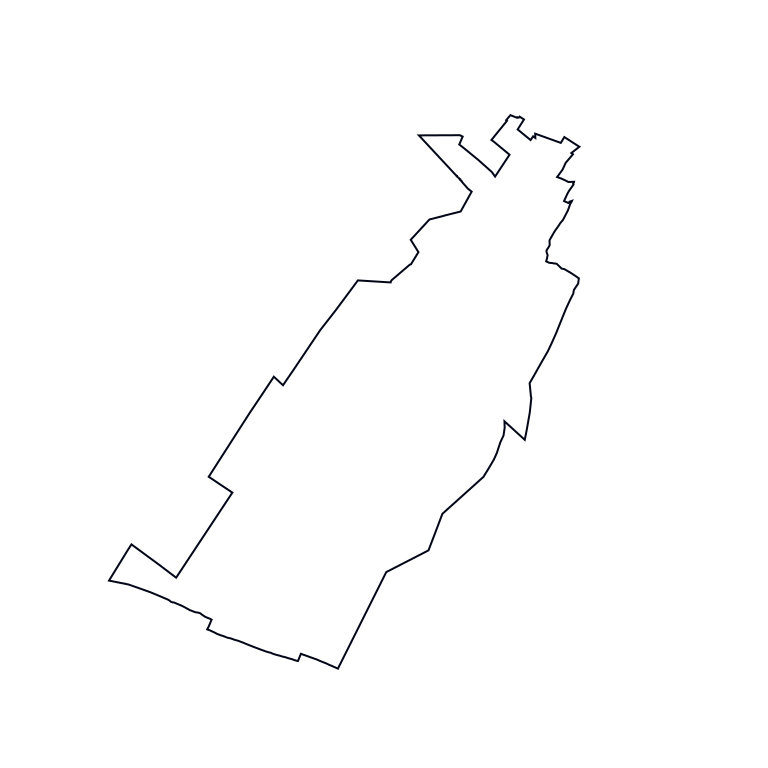 Ixil, Yucatán, Mexico (Robinson projection), rotated 208°
{"feature_id": "50627088B50740950401551", "entity_name": "Ixil", "entity_type": "district", "adm_level": 2, "iso_a3": "MEX", "parent_name": "Mexico", "parent_adm1": "Yucatán", "projection": "robinson", "projection_center": [-89.477, 21.229], "detail": "fine", "context": "isolated", "style": "outline", "palette": "ink", "viewbox_px": 768, "rotation_deg": 208, "n_neighbors": 0, "source": "geoboundaries", "source_scale": "gbopen_adm2", "svg_char_len": 3046}
<svg xmlns="http://www.w3.org/2000/svg" viewBox="0 0 768 768"><g transform="rotate(208 384 384)"><path d="M455.7,463.2L457.2,453.1L461.3,426.2L465.6,401.7L469.4,364.9L470.6,353.3L472.6,335.5L484.7,338.7L486.4,320.8L489.0,295.6L495.2,219.8L466.9,216.9L474.3,139.6L476.6,115.4L498.9,119.0L499.0,119.0L531.7,123.8L531.8,122.5L532.3,116.6L534.5,81.3L515.6,87.0L492.3,90.5L473.6,92.2L471.7,92.1L470.1,91.7L468.3,91.9L466.9,92.5L457.7,93.3L455.8,93.3L449.3,93.2L443.6,93.9L440.4,95.0L438.4,95.3L436.7,94.9L432.7,94.5L431.1,94.6L427.7,95.0L425.6,95.0L425.5,93.6L425.2,91.1L425.1,89.5L424.9,87.1L424.9,84.3L421.8,84.8L420.3,84.8L417.6,85.0L414.4,85.0L412.5,85.2L411.1,85.4L409.7,85.6L406.1,86.2L403.6,86.4L399.6,87.5L396.4,87.9L393.6,88.5L391.7,88.9L389.8,89.1L386.9,89.5L384.5,89.7L379.7,90.2L375.5,90.7L370.8,91.3L366.9,91.8L364.9,92.1L362.2,92.5L358.9,93.2L357.6,93.6L356.3,93.6L354.5,93.8L352.6,94.2L350.7,94.6L348.4,95.2L346.4,95.5L344.6,96.0L342.2,96.6L340.5,96.8L336.7,97.7L331.7,98.5L329.9,99.0L330.7,106.8L328.2,107.1L325.7,107.5L321.4,108.1L317.9,108.6L314.1,109.2L311.0,109.4L306.3,109.9L303.7,110.2L300.3,110.3L298.0,110.6L295.5,110.7L294.0,110.9L291.0,111.0L291.2,114.6L291.2,116.8L293.7,219.0L266.6,258.0L269.5,281.2L271.5,296.8L268.6,304.8L264.1,317.1L256.0,339.3L254.1,344.6L252.5,348.9L252.5,350.2L252.1,356.3L251.8,362.0L251.6,367.3L251.5,368.9L252.0,376.1L253.9,387.1L254.3,394.7L256.9,402.0L260.1,407.6L233.5,400.8L236.5,410.7L241.9,427.3L247.3,440.7L248.5,442.1L255.8,453.1L255.5,462.1L255.2,475.1L254.7,489.8L255.1,498.5L255.9,510.1L256.9,519.0L258.7,536.4L259.2,546.2L259.3,552.6L260.5,556.2L259.7,563.8L261.6,568.8L271.2,569.8L278.6,570.1L281.4,569.3L287.9,571.2L289.4,570.8L290.5,570.2L291.9,569.9L295.0,568.6L298.4,568.4L298.6,569.4L298.8,570.2L299.0,571.3L299.7,573.5L300.0,574.6L301.6,576.0L302.7,577.2L303.1,577.9L303.2,579.3L302.9,581.8L302.9,583.4L302.9,584.2L303.2,585.0L303.9,586.1L305.0,588.1L305.3,588.7L305.3,590.3L305.0,598.9L304.8,600.7L304.1,605.9L303.9,608.8L303.0,612.8L303.1,623.5L304.2,631.1L303.9,631.9L304.0,634.0L305.7,632.2L306.2,630.4L310.9,630.0L311.4,638.2L311.3,641.4L310.3,649.1L311.0,649.6L311.0,651.0L311.0,651.5L311.1,651.8L315.9,649.0L316.1,648.9L319.3,648.9L324.1,648.6L328.3,648.0L327.0,657.0L327.4,664.7L325.0,675.6L327.0,675.9L322.9,685.2L323.2,685.2L340.7,686.7L341.1,679.9L359.1,677.3L368.0,676.0L365.9,672.3L368.6,672.7L369.1,668.2L372.0,668.8L385.5,671.5L384.6,683.3L389.8,683.7L390.0,682.5L391.1,682.1L391.6,682.1L391.6,681.5L398.6,680.7L400.0,674.3L399.0,674.1L403.7,649.9L400.8,649.5L380.8,645.4L383.3,619.3L388.3,621.8L406.8,626.3L408.4,626.6L424.9,629.9L427.7,630.4L430.0,630.8L430.7,639.4L433.8,639.3L469.9,619.9L418.2,602.0L417.9,602.1L417.5,602.1L417.5,601.9L417.4,601.6L415.8,601.2L412.8,600.6L412.9,600.0L410.4,599.5L410.4,599.2L401.8,595.9L396.9,595.0L397.3,572.3L409.8,561.0L409.9,560.8L421.1,550.6L428.0,524.3L428.0,524.2L428.1,523.9L415.5,516.6L416.4,502.3L417.2,501.6L425.9,479.5L426.1,478.1L425.8,476.8L455.7,463.2Z" fill="none" stroke="#020617" stroke-width="2"/></g></svg>